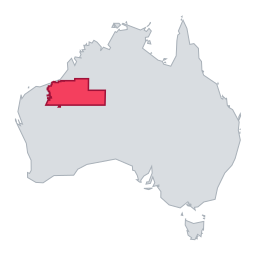 location of East Pilbara, Western Australia, Australia
{"feature_id": "25037944B14743311013482", "entity_name": "East Pilbara", "entity_type": "district", "adm_level": 2, "iso_a3": "AUS", "parent_name": "Australia", "parent_adm1": "Western Australia", "projection": "natural_earth1", "projection_center": [120.361, -21.612], "detail": "fine", "context": "in_parent", "style": "filled", "palette": "rose", "viewbox_px": 256, "rotation_deg": 0, "n_neighbors": 0, "source": "geoboundaries", "source_scale": "gbopen_adm2", "svg_char_len": 5087}
<svg xmlns="http://www.w3.org/2000/svg" viewBox="0 0 256 256"><path d="M186.9,28.4L189.8,44.4L193.9,43.6L198.4,48.3L198.9,58.1L201.5,61.5L201.9,70.5L203.7,75.2L216.7,84.0L221.3,98.4L222.8,99.1L223.2,96.6L226.0,99.2L226.5,97.9L227.3,105.2L228.9,107.4L232.6,109.6L239.2,122.0L238.3,130.2L240.3,140.1L235.1,158.6L231.9,165.3L224.8,173.0L217.5,188.0L215.1,199.3L203.8,202.0L197.9,206.9L194.5,207.3L195.2,210.1L190.2,206.0L191.1,205.1L190.8,204.1L189.8,204.1L187.9,205.8L186.7,204.7L189.0,203.1L187.9,201.8L180.2,207.9L169.1,204.9L160.8,197.4L160.9,191.6L157.1,186.3L158.8,186.5L158.9,185.0L152.9,186.5L154.8,182.6L152.8,176.9L150.4,183.4L146.0,184.1L146.8,181.9L148.8,181.9L152.2,173.0L151.7,166.3L148.4,173.3L143.9,176.0L140.8,180.2L141.1,182.3L139.4,182.0L136.6,179.7L138.4,179.7L137.3,175.5L134.8,170.8L132.6,170.2L132.4,166.1L115.7,159.0L87.0,164.4L77.8,169.2L73.7,175.2L53.9,175.6L43.1,182.8L35.9,182.4L27.6,177.5L27.5,172.5L29.5,173.4L31.2,170.4L31.1,160.3L27.6,152.7L26.3,143.3L16.8,123.4L20.4,125.6L18.2,119.5L19.7,123.1L22.5,124.1L17.9,111.7L21.1,94.7L21.8,98.7L24.9,94.3L36.1,86.4L40.0,86.9L60.3,79.4L67.9,69.5L67.4,62.9L71.5,58.3L74.8,65.5L76.6,61.5L74.4,58.6L75.1,56.9L81.7,58.1L79.6,57.4L81.0,54.5L79.8,52.0L83.4,51.7L82.1,49.8L85.1,49.5L84.1,46.8L86.6,43.7L86.8,45.6L88.9,45.3L89.1,41.9L92.0,43.1L93.9,40.3L97.1,42.2L101.3,47.0L100.5,50.9L103.4,47.2L109.4,49.6L110.6,47.6L108.0,44.7L115.2,31.6L116.6,32.4L119.1,29.2L119.9,30.6L127.2,29.5L127.0,26.4L122.1,24.1L122.9,23.3L140.4,30.0L145.5,27.5L144.2,30.1L146.4,31.5L149.0,28.4L151.3,31.0L148.4,36.9L145.4,37.4L145.5,41.6L142.5,48.2L158.1,60.2L162.4,61.4L163.7,64.2L170.8,66.2L176.2,55.8L176.9,40.7L177.8,35.0L179.7,33.6L178.4,31.0L183.0,20.1L186.9,28.4ZM185.4,220.2L193.6,223.5L203.8,221.4L203.5,230.5L203.0,228.8L201.8,230.7L201.0,236.7L197.6,234.3L194.9,239.7L190.6,239.2L191.6,237.7L188.1,235.2L187.0,230.6L188.6,231.4L185.2,225.0L185.4,220.2ZM113.9,23.3L119.0,23.3L120.5,25.0L117.1,28.2L113.9,23.3ZM143.9,188.4L152.4,188.1L148.7,189.6L143.9,188.4ZM149.8,40.7L150.8,44.0L147.6,43.4L148.2,41.1L149.8,40.7ZM238.8,120.5L238.8,116.8L240.3,113.7L240.6,115.9L238.8,120.5ZM202.0,214.9L204.8,215.7L204.7,216.9L202.0,214.9ZM113.4,24.3L115.2,27.5L111.9,27.3L113.4,24.3ZM182.8,215.5L181.2,215.1L182.2,213.0L182.8,215.5ZM166.4,58.8L164.8,59.8L163.3,60.3L164.1,58.5L166.4,58.8ZM16.7,122.6L15.5,120.8L15.4,119.1L15.6,119.0L16.7,122.6ZM204.0,218.2L205.0,219.0L203.0,218.3L204.0,218.2ZM228.3,105.7L229.5,105.7L229.4,107.3L228.3,105.7ZM202.3,70.4L203.6,71.4L203.3,72.0L202.3,70.4ZM197.2,237.5L197.2,238.9L196.2,238.5L197.2,237.5ZM240.0,131.6L239.9,133.7L240.0,131.6ZM126.8,23.2L125.9,22.3L126.5,21.8L126.8,23.2ZM150.3,23.3L149.0,25.0L150.5,22.1L150.3,23.3ZM240.3,129.2L239.7,129.8L240.2,129.1L240.3,129.2ZM151.6,53.1L150.9,53.4L151.3,52.7L151.6,53.1ZM147.3,40.6L146.4,40.8L147.0,39.8L147.3,40.6ZM28.9,86.5L28.7,87.9L28.3,87.8L28.9,86.5ZM181.5,19.3L181.4,20.5L181.1,19.7L181.5,19.3ZM189.8,204.6L190.0,205.3L189.7,205.1L189.8,204.6ZM148.7,25.4L147.0,26.6L148.7,25.2L148.7,25.4ZM84.2,45.2L83.6,46.0L84.0,45.1L84.2,45.2ZM197.9,236.4L197.4,236.7L197.7,236.2L197.9,236.4ZM165.6,62.7L164.6,62.6L165.1,62.0L165.6,62.7ZM80.8,51.1L80.3,51.5L80.3,50.5L80.8,51.1ZM202.3,233.3L201.5,233.8L201.8,233.0L202.3,233.3ZM182.1,16.3L182.0,17.1L181.5,16.7L182.1,16.3ZM189.3,205.5L190.0,206.2L188.8,206.0L189.3,205.5ZM218.3,83.9L217.7,84.0L218.0,83.1L218.3,83.9ZM222.7,96.4L222.3,96.4L222.6,95.8L222.7,96.4ZM185.8,219.1L185.6,219.7L185.5,219.0L185.8,219.1Z" fill="#d9dde1" stroke="#a8b0b8" stroke-width="1"/><path d="M45.8,105.1L48.0,105.1L48.0,104.9L48.4,104.9L48.4,105.1L50.2,105.1L54.1,105.1L56.6,105.1L59.1,105.1L59.0,105.5L59.0,105.8L59.0,106.1L58.9,106.2L58.4,107.0L59.3,107.0L60.3,107.0L60.3,105.1L63.1,105.1L65.7,105.1L68.5,105.1L71.6,105.1L74.7,105.1L77.7,105.1L80.8,105.1L82.9,105.1L85.4,105.1L88.2,105.1L98.4,105.1L102.1,105.1L105.0,105.1L105.3,90.3L88.4,90.3L88.5,78.7L77.2,78.7L74.8,78.7L74.7,80.7L64.2,80.7L64.2,81.1L63.1,81.1L63.1,80.9L62.7,80.9L62.7,80.7L60.9,80.7L60.9,81.5L59.1,81.5L59.1,81.2L58.5,81.2L58.4,82.5L57.4,82.5L57.1,82.5L55.0,82.5L55.0,81.6L54.9,81.6L54.7,81.6L54.3,81.7L54.2,81.7L54.0,81.8L53.9,81.8L53.7,81.9L53.4,81.9L53.2,81.9L53.3,81.8L53.2,81.8L53.2,82.0L53.1,82.3L53.1,82.2L53.0,82.3L52.9,82.3L53.0,82.3L52.9,82.3L53.0,82.3L53.0,82.2L52.9,82.1L52.8,82.3L52.7,82.3L52.5,82.5L52.4,82.5L52.2,82.6L52.0,82.4L51.9,82.4L51.9,84.5L51.2,84.5L51.2,86.0L50.0,86.0L48.9,86.0L49.0,86.2L49.0,86.3L48.5,86.3L48.5,87.5L48.0,87.5L48.0,87.8L48.0,88.2L47.3,88.2L47.3,89.6L47.9,89.6L48.0,89.7L48.0,89.8L48.1,90.2L48.1,90.3L48.4,91.3L49.4,91.3L49.4,92.0L49.3,92.6L49.7,92.6L49.7,93.2L50.0,93.2L50.0,94.3L49.4,94.3L49.4,94.9L49.0,94.9L49.0,95.2L49.1,95.3L49.1,95.5L47.6,95.5L47.6,95.2L47.3,95.2L47.3,95.7L47.5,95.7L47.5,95.8L47.9,95.8L48.9,95.8L50.3,95.9L50.3,96.6L50.0,96.6L50.0,96.8L51.1,96.8L51.3,96.9L51.3,97.4L51.4,97.9L50.1,97.9L49.7,97.9L49.7,98.1L48.2,98.1L48.2,97.9L47.7,97.9L47.7,98.3L48.2,98.3L48.2,98.6L49.1,98.6L49.1,99.1L49.7,99.1L49.7,100.1L48.1,100.1L47.6,101.1L45.8,105.1Z" fill="#f43f5e" stroke="#9f1239" stroke-width="1.5"/></svg>